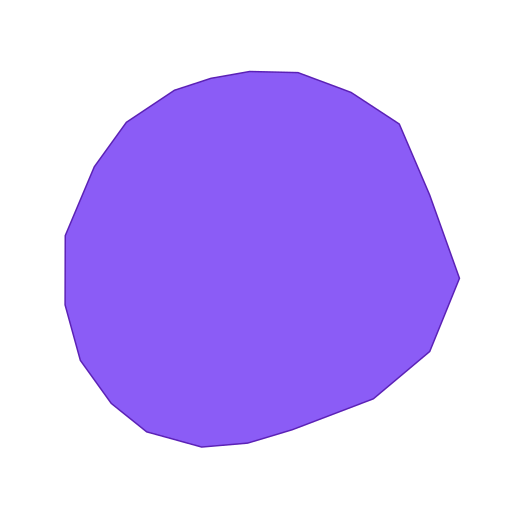 the district of Mangai, Bandundu, Democratic Republic of the Congo, rotated 170°
{"feature_id": "63176286B5937777491698", "entity_name": "Mangai", "entity_type": "district", "adm_level": 2, "iso_a3": "COD", "parent_name": "Democratic Republic of the Congo", "parent_adm1": "Bandundu", "projection": "mercator", "projection_center": [19.533, -4.06], "detail": "fine", "context": "isolated", "style": "filled", "palette": "violet", "viewbox_px": 512, "rotation_deg": 170, "n_neighbors": 0, "source": "geoboundaries", "source_scale": "gbopen_adm2", "svg_char_len": 416}
<svg xmlns="http://www.w3.org/2000/svg" viewBox="0 0 512 512"><g transform="rotate(170 256 256)"><path d="M182.8,429.3L230.2,438.8L269.6,438.8L307.5,433.4L360.4,410.2L399.7,372.0L440.3,309.2L452.5,241.0L447.1,183.7L424.1,135.9L394.2,101.8L342.7,77.3L296.7,73.2L250.6,78.6L165.2,95.0L101.5,131.8L59.5,198.7L74.4,286.0L92.0,361.1L134.0,400.6L182.8,429.3Z" fill="#8b5cf6" stroke="#5b21b6" stroke-width="1.5"/></g></svg>